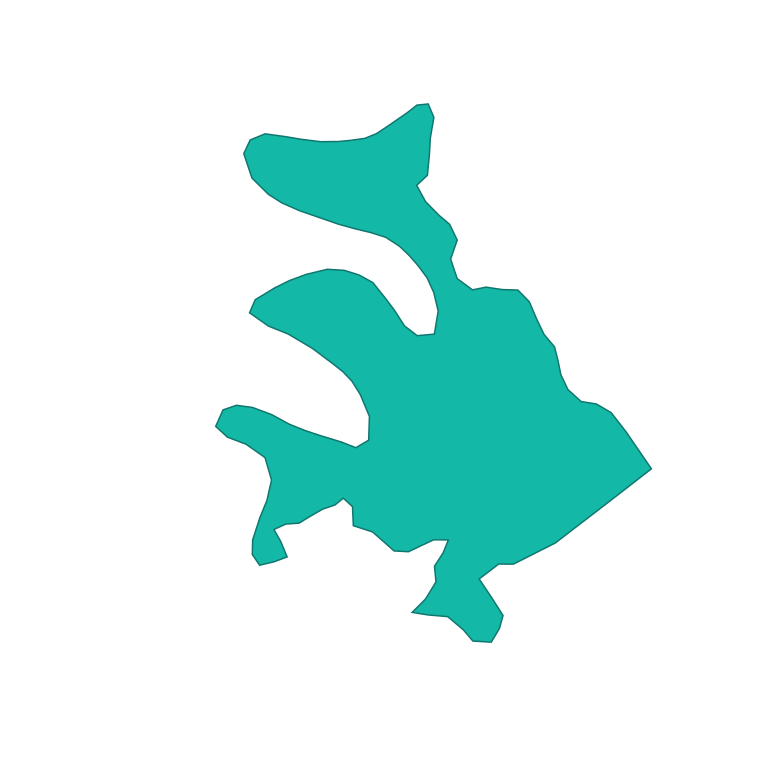 Nova Erechim, Santa Catarina, Brazil, rotated 152°
{"feature_id": "56859067B80560515597810", "entity_name": "Nova Erechim", "entity_type": "district", "adm_level": 2, "iso_a3": "BRA", "parent_name": "Brazil", "parent_adm1": "Santa Catarina", "projection": "robinson", "projection_center": [-52.9, -26.913], "detail": "fine", "context": "isolated", "style": "filled", "palette": "teal", "viewbox_px": 768, "rotation_deg": 152, "n_neighbors": 0, "source": "geoboundaries", "source_scale": "gbopen_adm2", "svg_char_len": 1863}
<svg xmlns="http://www.w3.org/2000/svg" viewBox="0 0 768 768"><g transform="rotate(152 384 384)"><path d="M354.5,648.4L371.5,660.7L387.6,662.3L399.7,653.2L403.9,627.7L397.0,605.6L389.2,591.9L377.2,576.6L362.5,560.8L349.0,546.3L336.8,534.7L324.9,524.2L313.6,512.7L305.6,498.2L301.4,485.6L298.4,472.7L296.1,457.3L297.1,441.5L301.9,423.0L316.1,404.4L332.0,411.1L338.6,425.6L340.2,444.4L342.5,459.0L346.2,478.8L354.9,492.0L365.7,503.0L380.2,511.9L401.1,517.3L418.8,519.7L435.1,520.2L458.1,518.9L469.3,510.0L458.8,489.3L445.2,473.2L430.5,449.0L419.3,425.1L414.4,413.8L411.0,401.5L409.9,385.9L412.1,362.2L423.9,341.6L438.8,341.0L448.7,352.6L464.5,368.4L475.3,379.7L486.6,393.1L497.6,409.8L511.2,425.1L524.3,434.5L538.3,436.7L552.5,425.6L547.2,410.6L534.1,395.6L523.6,374.9L528.4,352.0L542.0,336.2L556.2,324.4L564.9,316.0L573.2,308.0L580.3,295.3L578.9,282.4L564.9,278.7L550.7,276.8L549.1,293.5L549.5,307.2L536.4,306.4L524.3,301.0L511.9,301.8L496.9,302.3L484.1,300.2L473.5,302.3L469.4,290.5L477.6,273.3L463.6,258.8L458.1,244.3L453.5,231.9L441.1,224.4L428.2,223.9L413.3,223.1L400.4,216.1L411.0,207.2L425.0,199.4L431.0,184.9L448.2,174.7L466.4,169.1L453.5,159.4L437.0,148.7L429.4,129.8L426.2,115.3L410.5,105.7L396.8,114.0L387.6,123.7L389.2,144.4L391.5,167.2L378.6,169.3L367.3,171.2L354.3,164.2L307.4,163.2L280.7,167.7L259.6,171.2L226.3,176.9L187.7,183.6L192.7,227.9L196.9,252.1L205.8,266.6L218.2,276.0L224.2,292.7L223.5,309.0L219.4,323.0L216.0,336.7L219.4,352.6L218.7,370.0L217.1,388.3L221.7,404.1L235.3,411.9L248.4,421.6L261.7,425.6L269.9,442.8L266.5,463.0L251.8,476.7L251.1,494.2L256.4,507.6L261.7,525.6L261.9,544.1L247.7,547.9L236.0,565.6L227.7,579.3L214.8,596.0L213.5,610.5L224.0,614.8L236.4,612.6L247.7,611.3L259.6,609.9L273.2,608.6L285.6,609.9L299.1,614.8L310.6,619.6L326.2,627.7L341.9,638.7L354.5,648.4Z" fill="#14b8a6" stroke="#0f766e" stroke-width="1.5"/></g></svg>